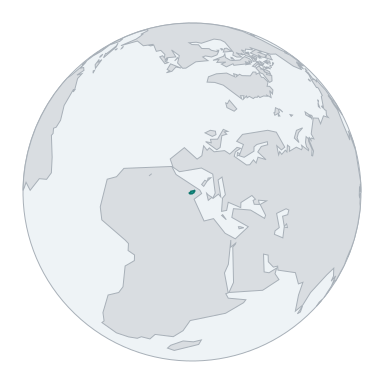 globe centered on Tébessa, rotated 44°
{"feature_id": "DZA-2223", "entity_name": "Tébessa", "entity_type": "Province", "adm_level": 1, "iso_a3": "DZA", "parent_name": "Algeria", "parent_adm1": "", "projection": "orthographic", "projection_center": [7.688, 35.056], "detail": "fine", "context": "on_globe", "style": "filled", "palette": "teal", "viewbox_px": 384, "rotation_deg": 44, "n_neighbors": 0, "source": "natural_earth", "source_scale": "10m", "svg_char_len": 10565}
<svg xmlns="http://www.w3.org/2000/svg" viewBox="0 0 384 384"><g transform="rotate(44 192 192)"><circle cx="192" cy="192" r="169" fill="#eef3f6" stroke="#a8b0b8"/><path d="M101.6,49.3L108.8,45.3L104.2,48.0L107.7,46.2L113.7,43.0L116.7,41.3L136.8,34.3L157.0,28.4L161.5,26.7L162.0,27.4L169.3,24.7L177.7,23.6L178.3,23.6L169.2,24.9L169.0,25.2L176.2,24.2L177.6,24.4L181.9,24.2L182.9,24.6L177.1,25.9L177.6,26.4L182.7,25.7L186.9,26.1L179.4,26.9L186.0,27.8L177.4,31.1L156.4,34.6L152.7,38.4L133.9,47.6L136.7,47.8L131.3,52.0L132.5,53.9L128.7,55.5L132.9,55.7L136.2,53.9L139.2,53.5L140.2,54.5L135.5,56.6L134.3,56.4L133.4,57.6L130.6,58.2L132.6,58.5L126.8,61.2L134.0,60.3L130.5,63.8L126.3,65.2L124.9,62.8L111.6,61.4L106.9,62.8L101.6,66.7L95.4,78.5L91.0,81.3L86.2,86.7L89.5,86.0L94.4,81.6L99.3,82.0L104.7,77.0L107.5,76.6L113.7,72.8L114.7,76.0L112.3,81.3L107.1,84.8L105.9,87.4L112.3,86.4L104.3,95.7L101.6,107.1L99.3,109.5L92.0,109.2L88.1,102.7L78.6,104.0L86.6,106.0L80.8,112.7L80.6,115.2L82.0,116.7L85.0,115.4L83.4,118.5L74.9,117.2L76.2,114.4L78.9,114.7L77.0,111.9L71.2,111.8L68.6,115.6L62.5,112.9L60.7,115.7L58.3,116.9L61.7,112.5L55.4,120.6L47.9,121.3L39.2,136.1L45.6,120.9L46.6,116.0L47.1,111.9L45.6,114.1L48.2,106.6L47.1,106.0L41.6,115.1L36.6,125.8L34.1,132.7L35.8,129.9L35.4,133.8L30.6,143.4L29.0,153.8L26.3,162.9L25.1,170.5L25.6,173.5L25.7,180.4L27.6,177.7L29.8,179.6L28.0,187.8L30.7,183.2L30.9,189.9L36.4,199.6L35.5,200.7L39.9,218.6L47.6,231.7L49.3,239.7L48.1,242.3L51.4,246.4L51.5,248.9L67.3,264.2L77.5,275.9L78.6,283.9L72.9,288.5L74.4,303.2L65.9,300.3L68.3,305.3L69.4,308.3L60.9,298.6L53.1,288.2L46.2,277.3L40.1,265.9L34.8,254.0L30.6,241.8L27.2,229.3L24.8,216.6L23.4,203.7L23.4,202.7L23.1,196.9L24.1,191.5L25.3,178.9L25.3,175.1L24.4,177.0L25.9,162.6L28.2,151.7L32.1,137.5L36.6,125.7L42.0,114.1L48.3,103.1L55.4,92.5L63.3,82.5L71.9,73.2L81.2,64.4L91.1,56.5L101.6,49.3ZM36.7,140.4L35.1,156.9L33.6,152.3L34.3,152.0L35.2,146.7L36.1,139.6L35.4,136.2L36.7,140.4ZM41.4,136.9L41.4,134.7L41.7,136.3L41.4,136.9ZM117.8,40.7L113.6,43.0L107.8,46.0L111.1,44.0L117.8,40.7ZM129.2,35.9L127.6,36.7L123.9,37.9L125.9,37.0L129.2,35.9ZM164.5,25.7L160.8,26.4L163.9,25.7L164.5,25.7ZM182.3,24.1L182.9,23.9L184.9,23.9L182.3,24.1ZM112.8,71.4L113.2,72.1L111.8,72.4L112.8,71.4ZM115.0,69.2L113.1,69.1L113.9,68.1L115.1,68.1L115.0,69.2ZM188.3,24.7L191.2,25.0L187.2,24.9L188.3,24.7ZM117.3,69.6L115.6,66.2L117.0,64.5L122.7,63.4L117.3,69.6ZM192.3,25.4L199.6,26.5L201.6,26.0L200.1,28.4L194.4,26.4L189.1,26.2L192.3,25.9L192.3,25.4ZM136.8,52.9L133.4,54.8L135.3,52.3L136.8,52.9ZM137.3,51.4L139.0,45.0L144.6,43.0L142.9,45.4L149.4,42.3L151.3,44.4L148.1,46.6L144.1,47.4L147.9,47.6L137.3,51.4ZM198.1,29.7L199.0,30.4L197.0,30.0L198.1,29.7ZM140.5,53.1L140.4,51.9L145.2,50.0L146.4,52.2L144.4,52.0L140.5,53.1ZM150.1,40.6L153.9,39.7L156.5,41.1L158.3,41.1L151.8,44.3L150.1,40.6ZM143.8,53.0L146.9,53.4L145.5,55.3L141.0,54.2L143.8,53.0ZM145.9,48.6L148.3,47.9L147.4,49.0L145.9,48.6ZM142.4,62.9L142.1,61.1L144.6,60.0L142.4,62.9ZM148.1,53.4L148.5,52.7L149.5,52.1L151.1,52.8L148.1,53.4ZM154.1,45.2L154.3,46.1L156.9,43.9L158.9,45.1L154.2,47.2L157.1,46.8L157.7,47.2L153.1,48.4L154.1,45.2ZM155.6,51.8L150.3,55.1L150.3,58.5L148.1,59.5L148.5,54.0L155.6,51.8ZM154.6,49.7L154.7,51.2L151.9,51.6L150.0,50.9L154.6,49.7ZM162.0,45.3L160.1,42.9L161.2,42.6L162.0,45.3ZM156.2,52.6L157.5,51.8L156.5,52.8L156.2,52.6ZM160.8,47.4L160.0,46.5L161.3,46.2L160.8,47.4ZM160.7,51.0L159.0,52.0L157.7,51.5L160.7,51.0ZM161.2,49.3L163.2,49.0L158.2,50.7L160.6,48.9L161.2,49.3ZM162.2,47.2L162.7,46.7L162.3,47.6L162.2,47.2ZM166.7,52.7L160.8,55.0L157.9,53.7L164.0,51.6L166.7,52.7ZM314.0,75.1L310.0,71.1L310.4,71.9L307.4,69.2L312.7,75.2L308.6,71.6L314.8,78.4L317.0,80.0L313.9,75.7L320.9,83.7L323.1,85.5L325.3,88.1L333.9,100.3L341.5,113.2L345.2,121.1L346.5,123.8L346.2,123.9L349.4,132.2L352.3,138.6L357.1,155.9L356.2,156.0L358.7,167.2L359.4,169.2L360.2,176.1L359.7,172.4L359.4,172.1L357.6,162.8L353.6,152.6L354.1,159.5L352.2,154.2L346.9,148.3L346.5,158.1L347.1,182.0L350.2,196.4L349.1,205.9L340.2,192.1L334.5,179.9L332.4,184.2L322.4,178.2L308.1,188.5L305.1,185.8L302.7,189.5L295.4,189.2L290.6,184.5L286.6,187.0L299.4,199.4L303.5,196.6L305.7,187.9L308.5,193.1L315.4,194.6L311.1,213.6L288.4,238.6L284.7,228.2L259.6,203.3L259.5,199.4L259.3,199.0L258.9,198.3L258.2,204.9L253.3,199.6L268.4,218.8L271.6,227.7L288.1,239.4L287.0,241.7L291.8,243.2L305.6,232.1L306.0,235.8L300.4,255.9L280.0,285.7L281.9,298.0L279.0,309.1L264.4,320.1L263.8,326.9L256.1,331.3L254.3,335.2L247.0,340.3L235.5,345.8L217.9,348.5L218.3,345.8L211.7,340.6L203.2,324.4L209.1,315.2L208.2,308.1L195.3,291.7L198.2,281.4L194.4,277.2L186.7,278.5L182.1,273.2L177.4,273.0L146.5,274.7L136.3,266.4L122.1,241.7L127.1,233.4L126.6,222.3L159.7,187.7L168.4,190.5L196.3,185.2L200.0,186.4L198.5,195.7L220.8,204.5L226.0,196.2L244.5,198.7L255.7,195.6L256.6,177.9L238.3,182.6L233.4,175.2L246.7,164.3L262.5,160.6L261.1,157.6L249.7,153.6L251.8,146.6L245.5,151.7L249.2,154.1L245.3,157.6L241.8,155.6L242.7,153.1L237.5,152.9L234.5,165.6L237.9,169.4L225.2,174.2L229.7,181.2L226.7,185.4L218.2,175.2L217.9,170.8L203.2,160.4L202.4,165.2L216.2,175.6L212.5,175.2L211.5,182.5L209.4,176.6L194.5,164.7L182.1,168.2L168.9,186.1L161.1,187.3L153.4,183.4L155.7,165.4L172.8,164.8L173.9,159.1L168.3,150.7L173.9,151.5L173.8,148.2L180.0,147.7L186.7,139.6L192.8,138.5L193.4,128.6L196.6,126.8L195.3,133.0L197.6,137.0L212.4,134.7L214.6,132.3L213.9,126.2L218.0,126.6L215.3,121.1L222.8,117.3L211.5,117.5L210.2,111.1L213.6,105.4L211.2,103.5L205.6,112.8L205.3,116.5L208.2,119.6L205.4,130.8L200.8,133.1L196.0,122.1L188.9,124.5L188.3,115.5L203.6,95.0L211.1,90.4L227.6,95.3L227.1,99.6L220.8,99.8L228.5,105.1L227.0,102.0L230.4,102.6L230.1,97.1L232.5,97.3L228.1,92.0L231.0,91.7L233.8,95.0L235.9,87.3L241.4,85.5L240.7,83.7L238.4,82.3L247.0,81.3L246.1,80.1L243.0,79.9L239.1,77.4L235.6,72.9L238.8,72.8L240.5,74.4L248.8,77.9L252.8,82.7L253.7,82.2L251.0,78.1L240.9,73.7L237.9,71.1L242.8,72.5L240.8,71.8L240.3,70.4L242.8,69.1L237.4,67.4L227.8,54.5L231.6,51.2L237.1,53.6L233.7,45.9L238.3,43.7L235.4,43.4L231.8,40.2L230.3,40.7L228.6,40.4L218.6,33.4L218.7,32.1L211.1,29.6L209.6,29.6L209.0,30.4L200.1,28.4L201.6,26.0L204.9,26.1L203.6,24.9L211.4,25.6L217.3,25.9L226.7,27.9L230.5,28.4L229.5,27.9L234.0,28.5L246.6,32.1L240.8,31.1L222.7,28.1L230.5,29.3L230.0,29.8L233.6,30.7L238.9,31.7L238.7,31.4L254.0,38.4L269.5,45.0L265.2,41.7L266.8,41.6L280.7,48.4L304.7,66.4L307.0,68.2L314.0,75.1ZM150.3,206.8L149.9,210.3L150.3,206.8ZM280.7,165.2L289.2,161.9L282.7,153.2L285.4,151.3L282.2,149.2L282.2,152.6L274.0,146.5L276.6,141.8L274.2,137.7L271.3,138.7L267.7,148.6L279.5,157.0L278.7,162.2L280.7,165.2ZM36.7,199.8L37.1,202.5L36.0,201.0L36.7,199.8ZM32.1,154.8L32.4,157.0L32.1,159.4L31.7,158.2L32.1,154.8ZM37.4,172.2L38.3,175.3L36.8,173.5L37.4,172.2ZM35.2,159.4L36.6,170.1L33.9,167.7L33.1,161.1L34.4,163.7L35.2,159.4ZM38.7,140.5L38.6,142.4L37.8,143.4L38.7,140.5ZM41.6,138.1L41.4,137.7L42.0,135.9L41.6,138.1ZM81.3,112.7L81.9,112.9L82.8,115.0L81.3,115.0L81.3,112.7ZM93.7,119.1L90.8,124.0L91.8,120.3L89.0,121.1L87.6,114.7L98.1,110.4L93.6,113.3L93.7,119.1ZM88.7,105.6L88.4,109.7L88.3,105.4L88.7,105.6ZM166.6,132.0L169.4,134.1L168.0,137.9L160.3,140.4L162.3,134.9L166.6,132.0ZM173.7,136.2L171.0,125.2L175.7,123.5L173.5,126.3L176.9,126.3L174.3,130.7L181.3,140.4L180.5,144.4L166.8,146.3L171.7,143.2L168.7,141.3L173.7,136.2ZM156.1,103.8L155.0,100.0L166.5,101.1L166.2,104.6L158.5,107.0L154.4,104.5L156.1,103.8ZM127.7,68.9L126.5,68.1L127.8,67.4L129.9,67.5L127.7,68.9ZM142.0,62.2L134.1,71.8L132.4,71.3L129.8,78.1L124.2,79.6L126.1,75.0L119.9,81.5L119.3,78.0L115.6,82.7L120.4,72.4L119.6,69.8L122.6,72.0L127.7,70.7L129.7,69.4L134.8,63.8L135.7,58.1L140.9,56.2L144.4,56.4L145.0,57.5L141.4,58.3L144.7,59.2L140.0,61.2L142.0,62.2ZM181.8,65.6L177.4,65.1L183.3,69.1L178.6,70.4L179.6,70.8L176.8,73.2L175.2,76.9L172.8,77.0L173.2,78.4L171.4,80.2L171.2,82.2L166.8,83.4L166.2,86.0L164.5,85.1L164.5,89.5L162.5,86.7L160.0,89.0L163.3,90.5L140.3,93.4L132.2,97.4L126.5,102.5L123.8,97.7L127.4,90.1L134.3,82.4L142.5,79.5L139.8,78.0L143.0,76.3L143.8,78.2L144.4,74.3L147.2,73.5L153.3,67.9L152.5,63.3L154.7,61.4L156.4,62.7L157.4,59.8L162.2,61.2L163.9,59.9L170.3,60.1L172.6,63.8L174.4,62.1L179.3,62.4L181.8,65.6ZM168.5,52.9L172.4,56.5L171.7,59.2L160.8,57.8L158.6,58.8L151.7,58.4L152.8,54.7L154.7,55.1L156.8,54.7L155.6,56.0L158.1,54.6L160.8,55.2L163.5,54.4L164.0,55.7L168.5,52.9ZM203.3,182.7L206.0,182.8L210.1,181.9L209.5,186.7L203.3,182.7ZM193.1,174.6L195.4,173.9L196.5,179.8L193.7,179.9L193.1,174.6ZM195.7,168.6L195.4,173.4L193.9,170.8L195.7,168.6ZM197.3,132.1L199.7,131.1L200.3,132.5L199.5,134.8L197.3,132.1ZM198.3,79.2L195.9,78.1L196.4,77.3L193.5,73.4L196.7,72.3L199.8,74.3L198.3,79.2ZM254.1,181.7L251.4,185.8L249.5,184.7L250.8,183.5L254.1,181.7ZM229.8,187.0L235.9,188.1L229.6,188.3L229.8,187.0ZM201.4,77.4L199.8,75.8L202.4,76.3L201.4,77.4ZM199.0,71.4L201.8,71.5L196.8,71.7L199.0,71.4ZM302.7,297.0L289.3,318.3L282.8,321.3L283.1,317.1L289.1,305.3L297.1,298.8L301.5,291.9L302.7,297.0ZM360.9,187.9L360.0,182.8L360.3,179.7L360.6,180.3L360.9,187.9ZM350.7,197.2L353.3,203.0L352.4,206.4L350.7,197.2ZM348.2,127.6L349.3,130.6L348.5,128.8L346.6,123.9L348.2,127.6ZM227.0,69.0L227.4,75.4L229.9,80.0L234.6,82.1L228.1,82.1L224.3,75.1L227.0,69.0ZM227.3,56.1L223.1,54.7L224.8,53.8L226.0,54.0L227.3,56.1ZM224.9,56.3L220.2,57.5L217.7,55.8L221.9,55.1L224.9,56.3ZM210.9,66.8L210.8,68.7L208.7,68.2L210.9,66.8ZM278.9,47.1L276.7,45.8L275.9,45.3L278.9,47.1ZM273.6,44.1L274.9,44.8L264.6,40.8L261.6,39.6L267.7,41.1L269.2,42.0L272.3,43.5L273.6,44.1ZM200.5,30.1L199.2,30.3L199.4,29.8L200.5,30.1ZM227.8,40.8L225.6,40.3L226.0,39.5L227.8,40.8ZM219.5,38.4L220.7,39.7L218.1,38.4L219.5,38.4ZM223.5,42.7L220.5,40.2L225.3,42.6L223.5,42.7Z" fill="#d9dde1" stroke="#a8b0b8" stroke-width="1"/><path d="M193.0,193.5L192.8,193.7L192.7,193.7L192.4,193.8L192.3,194.0L192.2,194.3L192.1,194.5L191.9,194.5L191.7,194.7L191.6,194.8L191.1,194.8L190.8,194.7L190.7,194.6L190.8,194.2L190.9,193.7L191.0,193.5L191.0,193.4L191.2,193.2L191.3,193.0L191.3,192.9L191.3,192.7L191.2,192.4L191.1,192.2L191.1,192.3L190.9,192.4L191.0,192.5L190.9,192.6L190.9,192.4L191.0,192.2L191.3,191.8L191.3,191.7L191.3,191.4L191.3,191.2L191.6,190.9L192.2,190.4L192.3,190.4L192.3,190.1L192.4,189.8L192.4,189.7L192.5,189.6L192.6,189.4L192.8,189.3L193.0,189.3L193.0,189.2L193.3,189.3L193.3,189.5L193.3,189.8L193.5,190.1L193.5,190.3L193.6,190.6L193.5,190.9L193.4,191.0L193.5,191.2L193.5,191.3L193.8,191.4L193.8,191.5L193.6,191.7L193.5,191.9L193.5,192.0L193.4,192.2L193.4,192.3L193.4,192.5L193.4,192.9L193.3,193.0L193.2,193.3L193.0,193.5Z" fill="#14b8a6" stroke="#0f766e" stroke-width="1.5"/></g></svg>